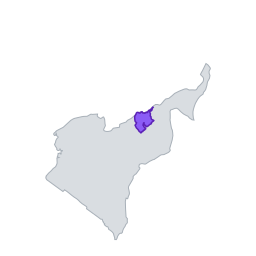 location of Faro, Nord, Cameroon, rotated 36°
{"feature_id": "32672807B99512491314233", "entity_name": "Faro", "entity_type": "district", "adm_level": 2, "iso_a3": "CMR", "parent_name": "Cameroon", "parent_adm1": "Nord", "projection": "natural_earth1", "projection_center": [12.816, 8.422], "detail": "fine", "context": "in_parent", "style": "filled", "palette": "violet", "viewbox_px": 256, "rotation_deg": 36, "n_neighbors": 0, "source": "geoboundaries", "source_scale": "gbopen_adm2", "svg_char_len": 5902}
<svg xmlns="http://www.w3.org/2000/svg" viewBox="0 0 256 256"><g transform="rotate(36 128 128)"><path d="M71.6,173.1L72.0,171.8L75.2,165.5L77.2,155.5L78.2,153.1L79.1,151.6L83.8,146.2L85.5,144.5L88.0,142.6L89.8,138.7L90.4,138.3L91.2,137.9L95.2,134.6L95.5,135.2L95.8,136.0L96.1,136.4L97.4,136.7L99.2,136.6L100.2,136.4L100.7,135.7L101.3,133.9L101.6,133.5L102.0,133.5L104.0,134.7L107.2,138.4L108.0,139.0L108.4,139.7L109.0,143.0L109.4,143.9L110.1,144.2L111.4,144.0L112.7,143.4L113.8,142.6L114.9,141.5L115.7,140.5L116.0,139.7L116.2,137.0L116.5,136.5L120.6,132.5L120.5,132.2L119.9,131.1L119.2,129.9L119.9,128.6L120.5,127.7L122.9,124.4L123.1,122.0L125.0,118.3L126.1,113.4L126.2,112.5L128.7,107.1L131.3,106.6L132.3,105.9L133.5,104.5L134.3,103.3L134.6,102.1L134.9,99.8L135.4,97.2L135.7,94.9L136.5,92.8L137.8,91.8L140.1,90.9L140.4,90.5L140.8,89.1L141.1,84.4L141.5,82.3L143.6,80.0L144.6,76.4L145.4,72.6L147.8,68.0L150.7,63.4L152.0,62.1L153.1,61.6L154.4,61.5L155.2,61.2L158.3,58.9L159.6,58.1L160.5,57.3L160.7,56.6L160.8,55.6L160.5,53.2L161.0,51.5L161.3,48.8L161.5,46.7L161.4,46.0L160.8,44.7L159.9,43.4L158.3,42.6L156.2,42.4L155.1,42.0L154.7,39.5L154.6,38.0L153.2,30.0L155.8,30.0L159.0,31.0L159.8,31.7L160.2,34.4L161.4,36.0L163.4,37.3L164.7,39.9L165.2,43.9L166.3,46.3L166.6,46.7L168.2,51.2L168.3,53.3L168.1,54.7L168.8,56.5L167.8,59.4L167.5,61.3L167.5,63.8L168.0,68.3L169.0,71.8L170.0,74.6L171.1,76.8L172.9,79.2L174.9,81.4L176.7,82.8L175.0,83.7L171.8,83.8L169.9,83.3L169.0,83.3L168.1,83.6L164.6,84.0L161.1,83.8L157.8,83.2L155.9,83.3L154.3,84.7L153.1,86.7L151.9,88.3L152.3,90.0L153.2,91.0L154.9,93.2L156.4,95.3L157.2,96.7L160.2,99.7L163.1,102.5L164.5,103.4L165.0,103.6L166.6,105.2L168.8,107.8L170.8,111.8L173.7,119.9L174.3,120.6L175.2,121.0L175.4,121.9L175.3,123.1L175.0,124.2L172.7,128.4L170.8,130.0L170.2,131.0L169.4,133.4L167.6,138.2L166.9,138.9L165.1,142.2L163.6,146.3L163.3,146.9L162.7,147.4L160.6,148.4L159.9,148.9L158.9,150.2L158.7,151.1L159.2,152.2L159.8,153.2L160.9,153.2L161.5,154.0L161.5,160.4L161.0,161.4L161.0,161.8L160.7,162.9L160.7,164.1L160.8,164.6L161.3,165.0L161.8,165.8L162.1,167.8L162.8,174.7L163.2,175.7L163.8,176.5L165.6,178.0L167.5,179.9L168.1,181.2L168.5,183.3L169.2,184.9L169.2,185.5L168.9,185.7L167.7,185.8L168.1,187.0L169.1,189.1L174.0,195.4L178.7,201.1L179.8,201.5L180.6,201.6L181.0,202.0L181.4,202.8L183.0,204.8L183.2,206.0L182.9,207.2L183.3,208.9L183.5,209.6L183.4,210.1L183.6,212.3L184.1,214.2L184.8,215.8L184.7,216.9L183.7,217.6L183.2,218.6L183.1,220.1L183.3,221.8L184.0,223.9L184.1,225.2L182.9,226.0L181.7,224.6L180.3,223.6L178.2,221.9L176.1,221.3L173.4,221.2L172.2,221.4L170.2,220.0L169.6,219.8L168.7,220.4L168.0,220.4L167.3,220.2L165.7,220.2L165.6,219.2L165.3,219.1L163.7,219.1L163.2,218.3L162.9,218.4L162.3,218.2L160.9,217.0L159.5,217.8L156.6,217.7L141.9,217.7L141.5,216.6L140.8,216.0L139.4,216.0L135.5,216.2L132.5,216.0L130.5,215.6L128.0,215.4L124.9,215.6L121.8,215.5L116.1,215.2L113.0,215.3L113.1,215.9L112.9,216.4L112.7,217.6L92.7,217.6L91.0,216.8L90.6,216.3L90.4,215.3L90.0,215.2L90.3,211.2L91.0,207.8L91.3,204.7L92.2,201.9L91.7,199.1L91.2,197.9L88.1,194.0L89.5,192.5L87.7,192.8L87.3,191.3L86.4,189.6L87.0,189.3L87.5,188.3L89.1,188.6L89.1,188.1L87.7,186.7L87.8,185.9L88.4,185.1L88.1,184.8L87.1,185.6L86.3,185.6L85.8,185.0L85.3,184.9L85.6,186.1L85.0,187.1L84.5,187.4L83.5,187.4L82.8,187.1L82.6,186.5L81.9,186.1L79.9,185.4L78.2,184.5L77.8,182.1L77.2,181.1L76.9,179.9L76.7,178.6L77.0,176.6L76.5,176.2L76.0,176.1L75.3,176.2L74.6,176.1L73.8,175.0L73.1,174.6L73.6,176.6L73.1,177.2L71.9,177.0L71.3,176.3L71.2,175.7L71.8,173.2L71.6,173.1Z" fill="#d9dde1" stroke="#a8b0b8" stroke-width="1"/><path d="M141.3,124.3L141.5,123.9L141.4,123.2L141.5,123.0L141.5,122.8L141.8,122.5L142.0,122.2L141.8,121.6L142.1,121.1L141.9,120.6L142.4,120.2L142.6,119.7L142.4,119.1L142.8,118.5L142.8,118.3L142.4,117.8L141.9,117.8L141.7,117.9L141.4,117.9L140.9,117.8L140.4,117.6L140.0,117.6L139.2,117.1L138.5,116.9L138.2,116.3L138.1,115.7L137.7,115.1L137.7,114.6L137.9,114.4L138.1,114.6L138.5,115.5L138.7,115.4L139.3,115.8L140.3,115.8L140.8,115.6L141.3,116.1L141.9,116.1L142.6,115.7L142.7,115.1L143.1,114.6L143.4,112.9L143.8,111.8L144.2,111.3L144.3,110.6L143.8,110.2L143.8,109.6L144.0,109.0L144.1,108.6L144.5,107.3L144.5,106.8L144.2,106.7L142.3,107.1L141.8,107.1L140.8,106.3L140.2,105.7L139.7,105.2L139.2,105.3L138.8,105.1L138.1,103.9L137.7,103.2L137.1,102.9L136.6,102.6L136.4,102.4L135.9,101.8L136.1,101.5L136.1,101.4L136.7,100.5L136.8,99.3L136.4,98.5L136.1,97.3L136.2,96.2L136.1,95.9L136.1,96.2L135.9,96.4L135.9,96.5L135.8,96.9L135.7,97.0L135.8,97.2L135.7,97.4L135.7,97.6L135.8,97.7L135.8,97.8L135.9,98.0L135.8,98.3L135.8,98.5L135.8,98.9L135.7,99.0L135.6,99.3L135.7,99.5L135.4,100.1L135.3,100.3L135.3,100.5L135.2,100.6L135.0,100.9L134.8,101.1L134.6,101.4L134.4,101.6L134.4,101.9L134.5,102.0L134.5,102.3L134.4,102.6L134.4,102.8L134.4,103.0L134.5,103.1L134.6,103.4L134.7,103.7L134.7,103.8L134.6,104.1L134.4,104.3L134.1,104.4L133.9,104.3L133.7,104.3L133.4,104.5L133.3,104.8L133.3,105.1L133.3,105.4L133.2,105.5L132.9,105.8L132.9,106.1L132.7,106.3L132.4,106.3L132.2,106.3L132.0,106.5L131.6,106.9L131.4,107.1L131.2,107.1L130.9,107.0L130.6,106.8L130.4,106.8L130.0,106.7L129.9,106.6L129.7,106.7L129.7,106.8L129.6,107.0L129.6,107.3L129.4,107.5L129.3,107.8L129.2,107.8L129.2,108.1L129.2,108.3L129.1,108.5L128.9,108.8L128.8,109.0L128.7,109.1L128.4,109.1L128.2,109.1L128.0,109.3L127.9,109.4L127.7,109.4L127.4,109.3L127.2,109.4L126.9,109.6L126.7,109.7L126.4,109.8L126.2,110.0L126.1,110.4L126.0,110.9L126.0,111.1L126.1,111.4L126.2,111.7L126.3,111.9L126.4,112.5L126.5,113.5L126.5,114.1L126.5,114.4L127.1,115.4L127.8,116.3L129.1,117.7L129.2,117.8L129.9,118.4L131.1,118.7L131.8,118.7L132.0,119.2L132.2,119.7L132.0,120.5L132.1,121.6L133.6,122.4L134.8,123.0L136.1,123.2L137.2,123.4L137.8,123.7L138.4,124.0L139.4,124.2L139.9,124.2L140.5,124.2L141.1,124.2L141.3,124.3Z" fill="#8b5cf6" stroke="#5b21b6" stroke-width="1.5"/></g></svg>